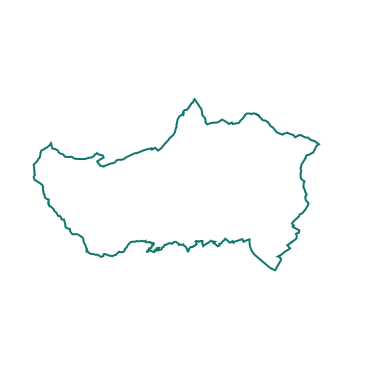 Fieni, Dâmbovita, Romania (Robinson projection), rotated 333°
{"feature_id": "2599482B92838501845888", "entity_name": "Fieni", "entity_type": "district", "adm_level": 2, "iso_a3": "ROU", "parent_name": "Romania", "parent_adm1": "Dâmbovita", "projection": "robinson", "projection_center": [25.406, 45.133], "detail": "fine", "context": "isolated", "style": "outline", "palette": "teal", "viewbox_px": 384, "rotation_deg": 333, "n_neighbors": 0, "source": "geoboundaries", "source_scale": "gbopen_adm2", "svg_char_len": 6018}
<svg xmlns="http://www.w3.org/2000/svg" viewBox="0 0 384 384"><g transform="rotate(333 192 192)"><path d="M326.8,207.1L324.5,202.5L323.9,202.2L323.4,201.2L322.5,200.9L321.7,199.3L321.3,199.3L320.6,197.8L320.2,196.3L318.4,195.3L317.4,194.5L315.5,191.9L315.5,191.4L314.1,190.2L313.4,190.4L312.7,189.9L308.9,190.2L308.5,189.5L308.5,187.9L308.3,187.4L305.1,184.1L303.7,182.3L300.0,181.8L298.7,182.0L294.7,177.5L293.5,171.8L293.0,170.6L292.3,169.7L291.7,168.1L292.0,166.7L291.3,165.0L291.2,163.9L290.8,163.5L290.4,162.4L289.4,161.4L287.8,160.3L287.0,158.9L287.2,158.1L286.0,155.0L286.4,154.0L286.3,153.6L285.2,153.1L285.0,152.8L284.8,151.6L284.0,151.3L283.5,150.4L281.5,149.6L280.4,149.7L279.4,148.5L276.7,147.0L274.1,147.4L273.2,148.4L271.5,149.0L270.8,149.5L266.7,150.7L266.0,151.5L265.1,151.7L259.1,149.9L259.1,148.2L255.7,148.1L255.6,147.5L253.9,144.4L251.7,141.1L247.1,141.7L244.5,141.0L242.8,140.0L238.9,138.9L236.2,138.7L235.6,136.1L236.4,134.7L237.2,132.2L236.1,128.1L237.6,124.1L238.0,121.7L237.5,119.7L237.2,115.9L236.9,114.4L236.9,112.7L236.6,112.1L236.3,110.5L235.4,110.9L233.7,112.6L233.0,112.8L232.0,112.6L230.1,113.9L229.0,114.1L228.5,114.9L228.0,114.8L227.0,115.7L226.0,115.8L225.0,116.5L224.1,116.5L223.5,115.9L222.5,115.7L221.0,116.2L220.9,116.7L219.8,117.5L219.9,118.0L220.3,118.1L219.5,119.3L219.1,119.5L218.8,118.8L217.7,118.5L214.9,119.0L211.8,121.1L209.4,124.4L208.3,125.4L208.1,126.8L207.0,127.4L204.0,130.8L201.1,132.8L196.3,133.9L194.3,135.1L189.9,136.6L184.5,139.1L180.4,139.6L179.2,135.9L176.9,135.6L176.6,136.1L175.1,135.8L175.4,134.6L172.1,133.7L168.4,133.0L160.2,132.3L158.6,131.5L149.9,131.2L145.9,131.7L143.5,131.2L142.6,130.5L139.8,129.5L136.6,130.6L134.2,130.3L131.8,129.6L127.2,129.3L125.6,128.8L125.0,129.3L123.9,128.5L123.4,127.6L122.8,127.1L122.1,126.9L121.4,121.7L125.4,121.3L128.9,121.2L129.1,119.0L125.7,116.0L124.9,114.2L124.3,114.5L122.2,114.5L121.2,115.5L118.4,115.6L114.5,114.5L111.4,114.0L103.7,109.9L102.1,108.4L101.1,106.6L100.2,105.6L98.3,105.1L96.8,104.0L95.6,103.6L94.7,102.5L94.3,100.0L91.6,97.3L91.2,95.6L91.2,93.8L90.5,93.0L89.7,91.7L87.3,89.8L88.4,84.5L86.5,85.6L84.9,86.1L82.4,86.5L80.8,86.3L79.9,86.8L76.9,86.5L74.8,88.2L74.5,89.2L73.0,90.7L72.4,91.8L70.2,92.9L69.6,93.0L69.2,93.5L67.2,94.5L65.3,95.3L64.1,95.4L63.3,95.9L62.9,97.6L61.6,100.0L61.3,101.8L60.3,103.0L60.2,104.1L59.8,104.6L59.8,105.5L57.7,106.7L57.2,109.7L59.3,112.9L59.6,113.9L60.4,114.7L61.3,116.8L61.8,117.4L61.8,118.4L61.5,119.4L61.7,119.7L59.9,123.2L59.9,124.3L59.0,126.3L59.5,126.9L58.5,129.8L58.6,130.9L59.5,132.3L61.0,133.7L59.6,135.4L59.3,137.0L58.9,136.7L58.6,137.1L58.5,139.5L58.6,140.0L59.1,140.2L59.6,140.9L61.0,144.7L60.6,146.3L61.7,148.6L61.9,152.7L63.2,153.1L63.7,155.2L63.5,157.4L65.5,158.6L65.0,160.1L64.6,162.8L63.5,165.1L63.6,166.5L64.4,167.7L66.5,169.7L65.7,171.3L65.7,172.3L66.1,174.9L66.6,175.6L68.8,176.5L70.9,177.8L71.5,178.6L73.6,182.5L73.8,184.6L72.7,187.5L72.9,191.1L72.4,193.2L72.6,194.7L72.3,195.5L71.6,195.6L71.5,196.6L71.1,197.4L72.1,197.4L72.8,200.2L74.4,201.6L75.7,202.3L77.6,204.2L79.4,205.0L80.7,207.0L81.2,208.3L81.7,208.6L83.9,208.8L84.5,207.8L85.5,207.3L86.9,208.4L89.8,211.5L92.2,213.0L94.1,213.1L95.4,213.5L99.7,212.0L100.2,212.3L100.8,213.1L103.6,214.3L104.4,213.8L105.4,213.7L106.1,212.5L109.2,211.4L110.0,210.5L114.2,208.9L116.3,209.2L119.3,210.7L120.4,210.5L121.3,211.3L123.0,212.2L125.3,212.8L125.8,213.1L126.0,213.7L127.4,214.5L128.4,214.5L128.1,215.1L128.3,215.9L131.0,217.3L131.3,217.2L131.8,218.2L132.5,218.2L132.7,218.6L132.9,219.9L133.9,219.6L134.3,219.9L134.7,220.5L134.2,221.2L132.5,222.0L131.5,222.0L130.7,223.2L129.3,223.3L128.6,222.7L128.2,222.7L127.1,223.7L125.8,224.3L125.1,224.3L124.8,224.8L125.3,225.2L126.5,224.8L128.3,225.2L129.5,226.6L129.7,227.2L131.0,228.4L131.9,227.9L133.1,227.9L132.3,227.1L132.4,226.8L133.1,226.8L134.0,227.5L134.2,226.8L134.8,226.4L134.9,226.8L136.0,226.6L136.3,226.3L137.4,226.8L136.0,227.8L135.6,228.4L135.7,228.9L136.5,228.8L138.7,229.4L140.3,227.9L141.9,227.9L143.2,226.9L144.2,226.7L145.0,227.4L146.4,227.1L148.4,227.2L149.0,227.9L149.9,228.0L150.0,228.6L150.5,229.0L151.7,229.1L152.4,228.4L154.1,228.6L154.9,229.0L156.4,231.7L156.6,232.4L156.3,233.0L157.3,233.1L157.5,233.7L158.3,234.2L160.5,234.7L160.4,235.9L160.6,236.5L161.4,237.7L161.6,238.4L161.5,241.5L161.2,242.5L161.5,243.2L161.9,243.2L162.8,242.1L163.0,241.5L163.8,241.3L164.7,240.8L166.0,240.5L167.6,241.3L168.8,240.9L170.2,241.2L170.8,240.8L172.3,240.8L172.7,240.5L172.7,237.6L172.9,237.5L173.9,237.9L175.5,239.0L175.5,239.4L177.2,239.4L179.1,240.4L178.8,241.1L178.0,241.6L177.4,245.3L178.5,245.0L185.1,244.4L186.8,244.0L187.1,244.7L189.8,246.7L187.9,247.1L188.2,247.8L189.0,247.7L189.5,250.2L190.4,252.1L191.5,251.9L192.2,252.2L192.9,250.7L193.3,251.0L195.0,250.9L196.0,250.2L199.6,249.3L200.4,248.8L201.5,251.0L202.5,254.1L203.5,254.5L205.9,254.1L206.1,254.7L205.7,255.5L205.9,256.2L207.2,255.7L208.1,255.7L215.4,256.9L215.6,257.0L215.2,259.1L215.5,259.9L216.0,259.7L219.4,259.9L221.7,260.3L219.9,264.0L218.9,267.2L218.5,271.3L218.9,274.7L219.5,276.9L226.6,293.8L227.7,296.0L230.5,299.5L239.8,293.4L240.9,292.3L240.9,291.6L240.6,290.9L240.7,290.5L239.9,288.9L239.4,288.5L244.1,288.3L246.9,287.5L253.8,286.8L252.8,282.7L257.6,282.1L257.5,281.9L261.4,281.4L264.1,280.8L265.4,278.7L265.6,276.5L266.9,276.4L268.4,277.0L268.9,276.8L269.4,276.1L269.5,275.0L270.1,274.7L266.0,269.0L266.0,268.4L267.5,268.0L266.9,266.8L266.8,265.5L268.6,264.5L276.5,262.1L277.6,261.1L278.2,260.8L280.2,261.0L282.0,260.5L282.8,260.0L283.9,259.8L289.4,256.4L290.4,255.3L290.6,254.8L290.4,254.3L290.4,253.2L289.8,251.9L289.7,250.6L290.8,247.5L292.2,247.0L293.0,246.3L292.9,244.0L293.4,241.2L293.5,238.2L295.4,235.0L297.1,233.6L295.8,231.6L295.7,230.6L295.2,229.8L295.2,229.2L296.6,225.7L297.4,224.9L297.4,224.3L298.2,223.7L299.0,222.4L299.6,219.9L300.5,219.2L302.2,217.0L304.8,215.7L307.5,213.9L308.7,213.5L308.9,212.6L310.5,211.4L313.2,211.9L318.4,211.7L320.0,210.2L321.1,209.6L324.1,207.2L325.5,207.3L326.8,207.1Z" fill="none" stroke="#0f766e" stroke-width="2"/></g></svg>